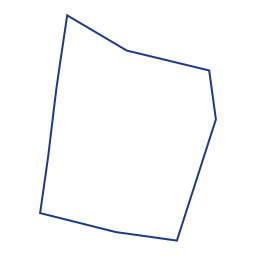 the state/province of Anibare
{"feature_id": "NRU-4981", "entity_name": "Anibare", "entity_type": "state/province", "adm_level": 1, "iso_a3": "NRU", "parent_name": "Nauru", "parent_adm1": "", "projection": "mercator", "projection_center": [166.944, -0.519], "detail": "fine", "context": "isolated", "style": "outline", "palette": "blue", "viewbox_px": 256, "rotation_deg": 0, "n_neighbors": 0, "source": "natural_earth", "source_scale": "10m", "svg_char_len": 281}
<svg xmlns="http://www.w3.org/2000/svg" viewBox="0 0 256 256"><path d="M209.2,70.5L215.9,119.4L176.9,240.6L115.9,232.1L40.1,213.1L45.2,177.5L48.2,156.2L50.3,138.9L53.7,110.5L56.4,88.5L59.9,64.3L67.2,15.4L126.8,50.6L209.2,70.5Z" fill="none" stroke="#1e3a8a" stroke-width="2"/></svg>